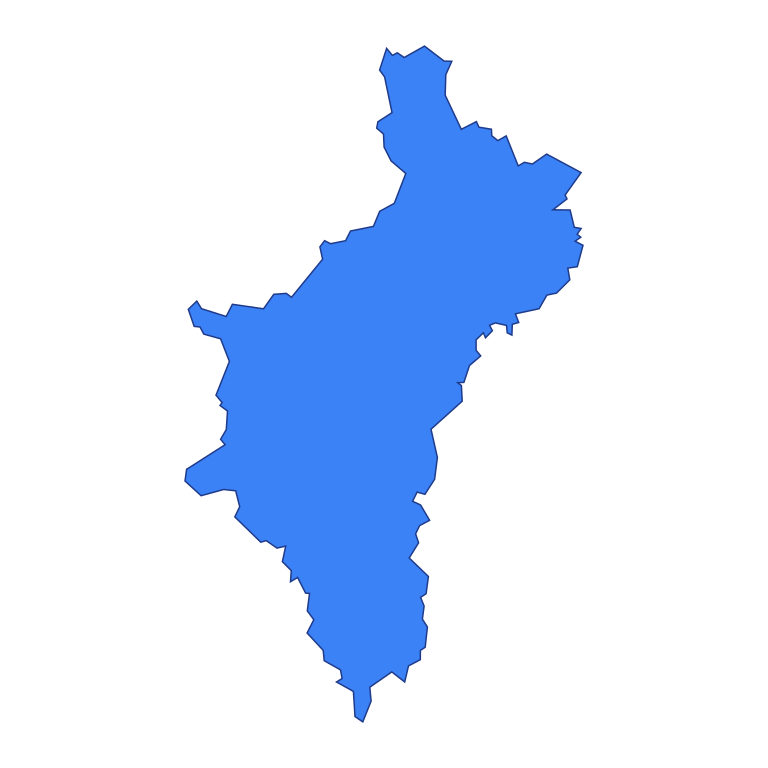 Cumaru do Norte, Pará, Brazil (Mercator projection)
{"feature_id": "56859067B29511236565229", "entity_name": "Cumaru do Norte", "entity_type": "district", "adm_level": 2, "iso_a3": "BRA", "parent_name": "Brazil", "parent_adm1": "Pará", "projection": "mercator", "projection_center": [-51.233, -8.51], "detail": "medium", "context": "isolated", "style": "filled", "palette": "blue", "viewbox_px": 768, "rotation_deg": 0, "n_neighbors": 0, "source": "geoboundaries", "source_scale": "gbopen_adm2", "svg_char_len": 1920}
<svg xmlns="http://www.w3.org/2000/svg" viewBox="0 0 768 768"><path d="M451.8,61.3L444.1,61.1L424.5,46.1L404.2,57.5L397.3,52.8L392.4,55.4L386.6,48.4L379.6,70.1L384.6,76.9L392.0,112.6L377.9,121.8L376.7,128.2L383.5,134.0L384.1,147.1L391.1,160.9L405.8,173.5L394.3,203.3L379.7,211.3L373.4,226.4L350.5,231.0L345.6,240.7L330.6,243.7L324.6,240.7L319.9,246.9L322.6,259.2L291.5,297.3L286.3,293.4L273.8,294.3L263.5,308.8L232.4,304.3L226.2,316.5L201.5,308.7L196.8,301.1L188.3,309.3L194.2,326.4L200.0,327.0L203.8,334.1L220.6,338.8L229.4,361.4L216.0,395.2L222.1,402.6L220.0,405.5L227.5,411.0L226.3,429.5L220.6,439.3L225.1,444.7L186.6,469.3L185.0,481.0L201.1,495.7L223.7,489.5L235.7,490.8L239.7,506.7L234.8,516.9L260.8,542.2L266.2,540.6L277.0,548.1L285.7,546.1L282.4,561.7L291.3,570.6L290.5,581.7L297.6,577.5L305.6,593.1L309.5,593.4L307.3,610.9L313.8,619.7L307.1,633.0L323.2,650.4L324.2,660.7L340.5,669.9L342.1,678.5L336.5,682.0L353.4,691.4L355.0,716.6L362.8,721.9L371.1,701.1L369.8,687.2L391.8,671.9L404.7,682.0L408.5,665.9L420.3,659.7L420.4,650.4L425.2,647.2L427.4,627.0L422.4,619.1L424.1,606.1L420.6,597.3L426.1,593.7L428.4,576.5L409.2,558.0L418.6,542.8L415.6,533.8L419.6,525.6L429.6,520.3L420.6,505.0L412.6,501.3L417.1,492.1L424.9,494.3L434.6,479.3L437.4,457.5L431.0,429.2L462.2,401.2L461.4,385.6L457.7,382.7L463.9,382.4L469.5,365.5L480.7,355.9L476.1,350.3L476.1,339.8L483.4,332.8L485.5,337.8L492.4,330.7L489.6,325.3L495.3,322.9L506.5,325.4L507.2,332.8L511.9,335.1L512.3,324.3L518.7,322.5L515.4,313.8L539.1,308.7L546.9,295.1L556.5,293.1L569.8,279.8L567.8,268.1L577.3,266.7L583.0,245.3L575.1,241.2L580.8,237.2L577.1,234.3L581.1,228.5L574.3,227.3L570.1,210.0L552.9,209.8L567.0,198.9L565.1,195.0L581.1,172.6L546.6,154.1L532.4,164.0L524.4,162.3L518.2,165.9L506.2,135.9L497.9,140.6L491.8,135.8L491.4,129.2L478.9,127.2L476.4,121.6L461.3,129.3L445.2,95.2L445.8,74.6L451.8,61.3Z" fill="#3b82f6" stroke="#1e3a8a" stroke-width="1.5"/></svg>